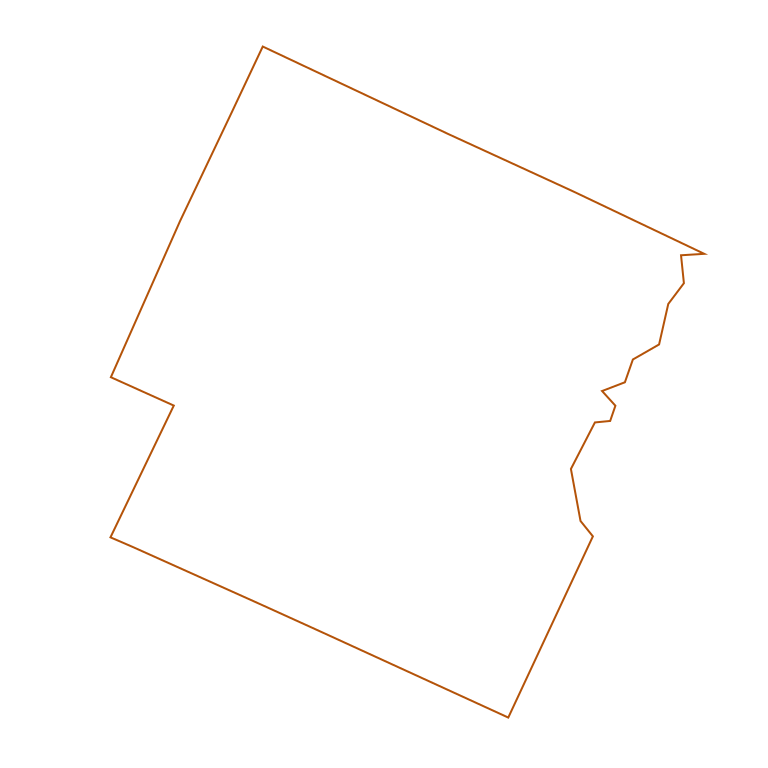 the district of Dubois, Indiana, United States of America, rotated 115°
{"feature_id": "52423323B15239481819744", "entity_name": "Dubois", "entity_type": "district", "adm_level": 2, "iso_a3": "USA", "parent_name": "United States of America", "parent_adm1": "Indiana", "projection": "robinson", "projection_center": [-86.913, 38.365], "detail": "fine", "context": "isolated", "style": "outline", "palette": "amber", "viewbox_px": 768, "rotation_deg": 115, "n_neighbors": 0, "source": "geoboundaries", "source_scale": "gbopen_adm2", "svg_char_len": 502}
<svg xmlns="http://www.w3.org/2000/svg" viewBox="0 0 768 768"><g transform="rotate(115 384 384)"><path d="M321.9,163.4L305.9,165.1L298.2,183.4L280.6,166.4L256.6,168.8L231.9,151.4L191.3,160.2L165.9,154.8L141.8,169.2L130.7,148.8L129.5,293.6L130.3,431.2L129.6,591.3L129.4,636.5L201.3,636.8L322.5,637.7L493.3,634.4L492.4,565.4L638.6,567.1L637.9,543.5L635.9,405.6L635.2,336.9L633.8,130.4L433.8,130.3L425.1,148.0L382.0,178.7L329.7,176.6L321.9,163.4Z" fill="none" stroke="#b45309" stroke-width="2"/></g></svg>